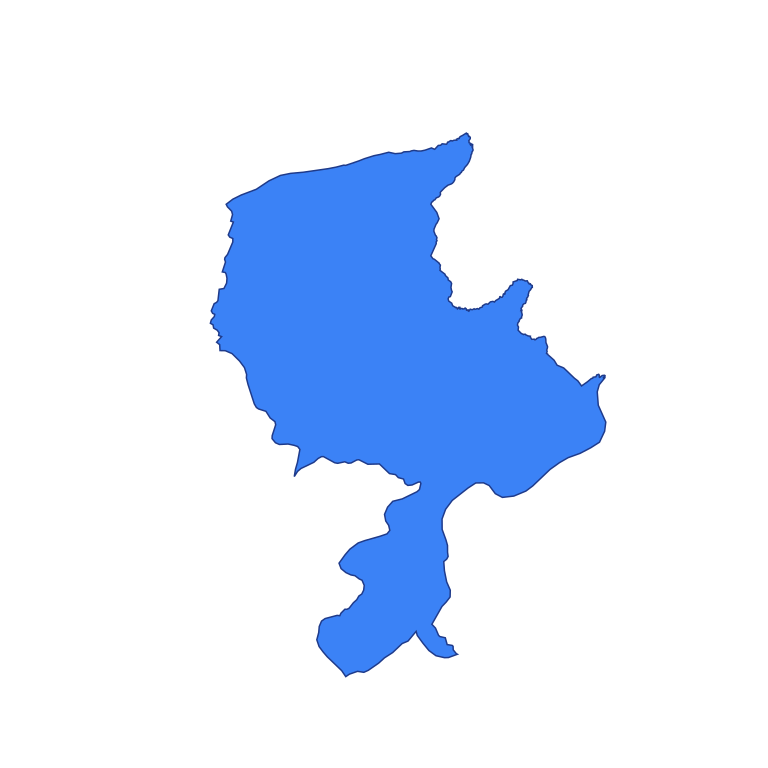 the district of Kasangulu, Bas-Congo, Democratic Republic of the Congo, rotated 43°
{"feature_id": "63176286B98008703469616", "entity_name": "Kasangulu", "entity_type": "district", "adm_level": 2, "iso_a3": "COD", "parent_name": "Democratic Republic of the Congo", "parent_adm1": "Bas-Congo", "projection": "equal_earth", "projection_center": [15.357, -4.804], "detail": "fine", "context": "isolated", "style": "filled", "palette": "blue", "viewbox_px": 768, "rotation_deg": 43, "n_neighbors": 0, "source": "geoboundaries", "source_scale": "gbopen_adm2", "svg_char_len": 6170}
<svg xmlns="http://www.w3.org/2000/svg" viewBox="0 0 768 768"><g transform="rotate(43 384 384)"><path d="M622.0,531.6L620.8,531.9L615.9,531.2L613.4,528.7L612.1,528.7L607.9,531.5L601.9,527.8L597.1,530.6L595.3,530.6L588.1,527.4L582.9,527.1L578.1,507.1L578.2,501.2L577.6,494.7L573.1,489.6L564.8,486.0L555.6,479.4L548.8,473.1L549.3,469.3L548.5,466.4L545.2,463.7L540.6,458.8L535.7,455.8L525.7,450.7L518.5,443.1L514.5,433.6L513.3,422.6L516.4,402.7L518.6,393.8L524.2,388.4L530.2,386.5L540.2,388.3L547.9,386.2L555.4,377.4L560.8,365.5L562.3,357.1L563.7,333.2L566.0,321.8L568.9,312.3L574.7,301.0L578.7,289.6L581.3,279.6L577.6,268.1L572.2,260.6L555.2,253.4L545.3,244.3L541.9,237.7L541.3,229.0L540.7,229.3L540.5,229.9L540.2,229.9L540.0,229.2L540.5,227.9L539.9,227.1L539.2,227.3L537.8,229.0L537.4,231.8L537.1,232.2L536.7,232.1L535.5,230.7L534.4,230.5L533.4,232.3L534.1,234.2L532.3,236.4L532.7,237.5L531.9,238.6L531.3,243.5L529.8,250.7L523.6,249.5L519.4,249.9L504.5,249.7L497.8,252.2L492.2,250.6L483.4,250.8L483.2,250.5L482.0,250.8L481.0,248.8L479.9,248.3L478.8,246.0L478.1,245.1L474.1,243.2L471.7,240.8L470.2,239.9L469.2,239.7L468.4,240.2L466.4,243.4L465.4,244.3L465.0,246.0L464.6,246.6L464.8,247.1L464.5,248.4L464.2,248.8L463.5,248.6L461.5,250.6L458.9,249.8L458.5,249.2L456.5,250.6L453.9,251.4L453.5,251.2L452.5,252.1L452.4,252.6L449.9,253.4L445.4,253.2L443.5,250.6L441.4,249.9L440.2,247.9L440.1,246.0L439.7,245.7L439.1,243.6L439.5,241.9L439.2,241.9L438.0,239.2L436.7,238.4L436.4,237.7L436.4,238.0L435.3,237.6L435.1,236.9L434.7,236.7L434.8,236.3L434.2,235.9L433.9,236.5L433.6,235.7L432.6,235.1L432.4,232.6L431.8,232.0L431.5,230.9L431.7,229.7L432.4,228.6L432.1,227.6L431.1,226.0L431.1,225.0L430.6,224.6L430.3,224.7L429.8,223.7L429.9,222.9L429.2,220.7L428.7,220.6L426.9,217.3L426.9,215.0L426.1,212.1L426.4,212.0L425.3,210.9L423.5,211.3L422.8,210.9L422.5,211.5L421.7,211.8L421.3,211.4L420.4,211.6L418.4,210.8L417.1,212.3L415.2,212.8L414.2,213.5L413.4,213.4L412.9,214.6L410.3,216.3L410.9,217.4L408.8,221.3L409.8,222.4L410.5,224.1L409.3,225.9L410.4,230.4L409.6,233.3L410.6,235.6L411.0,235.6L411.0,236.0L410.1,236.4L410.0,236.9L411.1,238.8L411.2,240.1L410.5,240.7L409.3,240.9L409.2,241.3L410.0,242.7L408.8,246.8L408.9,248.7L407.3,249.3L405.8,251.4L405.6,254.8L404.1,255.7L403.5,256.7L402.7,259.6L403.3,260.4L403.3,260.9L402.2,262.7L402.3,264.6L400.9,265.1L399.6,267.4L398.6,267.5L398.1,269.1L397.6,269.7L396.0,270.5L396.4,272.9L395.4,273.1L394.9,272.5L394.0,273.7L392.7,272.9L391.5,273.1L391.6,273.9L390.5,275.4L389.8,275.4L388.9,276.2L388.5,277.3L387.1,277.6L386.9,277.3L387.5,276.6L387.3,276.2L386.4,276.8L386.4,279.0L385.2,278.6L384.4,278.8L384.4,279.2L380.8,279.9L378.4,278.7L374.8,279.2L372.9,278.1L372.1,276.3L372.9,274.8L371.0,270.1L369.4,269.4L367.1,267.7L364.9,264.4L363.0,263.7L360.0,264.1L358.4,262.8L354.9,262.8L353.7,262.1L347.4,262.7L346.8,261.6L345.3,260.4L344.2,258.6L342.2,258.3L342.0,258.0L335.8,258.4L334.4,259.0L330.8,258.3L326.5,245.7L325.5,244.8L325.1,244.1L325.1,243.1L323.8,242.5L323.0,240.9L321.1,240.1L320.1,240.1L316.2,238.2L314.9,236.5L313.1,231.6L313.0,230.1L311.6,225.6L305.6,222.5L295.7,220.6L294.9,218.6L295.2,217.2L295.0,215.9L295.6,214.5L295.3,212.2L296.4,209.9L296.5,208.4L295.9,206.6L294.6,205.7L294.4,204.8L294.5,199.1L295.2,194.9L296.7,192.0L297.1,190.6L297.1,188.7L296.5,186.3L295.4,185.0L295.2,183.3L296.3,179.0L296.0,177.4L296.3,176.5L295.8,175.3L296.2,173.3L295.4,170.7L295.3,166.6L294.5,163.0L292.8,159.1L291.2,156.7L291.2,155.9L290.0,154.0L289.9,152.7L289.3,151.9L287.2,150.7L287.2,150.3L286.7,150.5L286.1,149.8L286.0,148.8L285.5,148.4L285.2,148.5L284.5,149.9L284.1,149.1L283.5,149.7L283.2,149.0L281.6,149.5L280.8,148.6L280.1,148.3L279.8,145.8L278.9,144.8L277.5,144.6L277.1,145.3L274.5,143.9L273.8,144.7L273.2,144.3L273.0,144.6L271.9,148.7L271.0,151.1L271.1,152.5L271.6,153.1L271.3,153.8L270.7,154.0L270.1,155.6L270.9,156.1L269.0,157.9L268.1,159.8L266.9,160.3L266.3,162.1L266.2,163.1L265.6,163.7L266.2,165.5L266.1,166.1L262.7,168.7L262.6,170.8L261.0,172.5L261.0,177.8L257.7,179.0L254.6,184.9L252.3,188.2L250.0,190.4L246.6,192.7L244.9,195.0L244.4,196.3L240.2,200.7L239.3,203.3L235.1,207.9L229.4,211.3L224.6,218.8L221.0,223.8L216.0,232.6L213.5,237.9L206.9,250.2L205.3,251.4L201.1,258.0L196.3,264.6L180.6,284.1L172.0,293.7L166.0,302.1L161.3,313.9L157.8,328.7L150.7,343.1L147.4,351.9L146.0,360.2L148.7,361.2L154.7,361.5L157.7,363.4L160.8,369.4L163.4,368.3L168.4,381.2L171.1,381.8L174.2,380.7L176.6,383.3L181.2,395.9L181.5,400.0L182.4,401.5L184.9,402.9L189.3,412.3L191.9,410.7L193.6,411.3L197.1,413.8L200.1,417.6L201.8,423.3L198.9,427.1L205.7,436.3L205.9,438.5L205.0,441.1L207.8,448.3L210.5,449.2L212.7,448.5L213.9,450.4L214.0,454.9L215.6,458.0L218.6,457.3L221.3,459.3L225.3,458.4L228.4,459.0L229.9,461.3L232.9,460.1L233.1,467.6L237.0,467.3L241.3,471.4L245.2,467.9L252.1,465.4L262.6,465.7L270.8,467.2L277.0,470.7L279.2,473.4L284.9,477.1L302.7,487.0L306.7,488.2L309.3,487.8L316.3,484.5L324.0,486.5L329.9,485.9L332.6,487.7L337.5,498.1L339.4,500.3L344.7,501.0L348.7,499.6L354.8,493.3L360.0,490.2L363.5,488.6L367.1,489.2L374.2,500.4L377.4,506.7L381.5,512.9L380.4,506.9L380.9,502.4L386.1,489.1L386.6,483.4L387.8,479.8L389.2,478.4L401.7,475.2L404.2,473.6L408.4,467.6L411.8,466.4L413.8,464.2L415.9,458.1L417.3,456.5L426.9,453.7L435.2,445.6L449.1,445.8L454.2,442.4L458.3,442.7L463.1,440.2L467.3,442.4L470.6,441.9L473.4,438.7L476.1,432.2L477.4,431.0L478.8,431.6L481.9,437.0L481.6,440.3L475.7,455.6L470.4,463.8L470.6,471.6L473.3,479.0L478.7,483.0L483.8,484.2L488.1,487.1L488.4,491.6L484.8,498.3L476.7,511.7L473.5,517.9L471.7,528.0L472.0,535.3L473.3,545.7L478.5,548.3L484.8,547.9L490.0,546.2L493.5,544.0L498.7,543.5L501.8,542.5L506.9,544.8L509.7,548.6L511.0,552.8L510.2,556.2L511.2,560.3L510.8,564.9L511.4,571.8L510.6,574.0L509.0,575.4L508.8,580.9L509.7,583.6L507.5,585.2L500.9,595.7L500.0,600.0L502.0,605.5L505.7,610.2L509.3,616.9L515.6,620.3L522.3,621.5L528.6,622.2L548.6,622.5L555.6,624.1L556.6,619.8L560.6,612.2L565.9,608.6L567.8,604.1L570.5,591.5L571.1,584.0L573.5,574.5L574.3,561.4L576.9,555.6L576.2,543.0L579.8,545.2L589.2,547.0L598.6,548.3L607.3,547.3L614.9,542.9L617.7,540.1L622.0,531.6Z" fill="#3b82f6" stroke="#1e3a8a" stroke-width="1.5"/></g></svg>